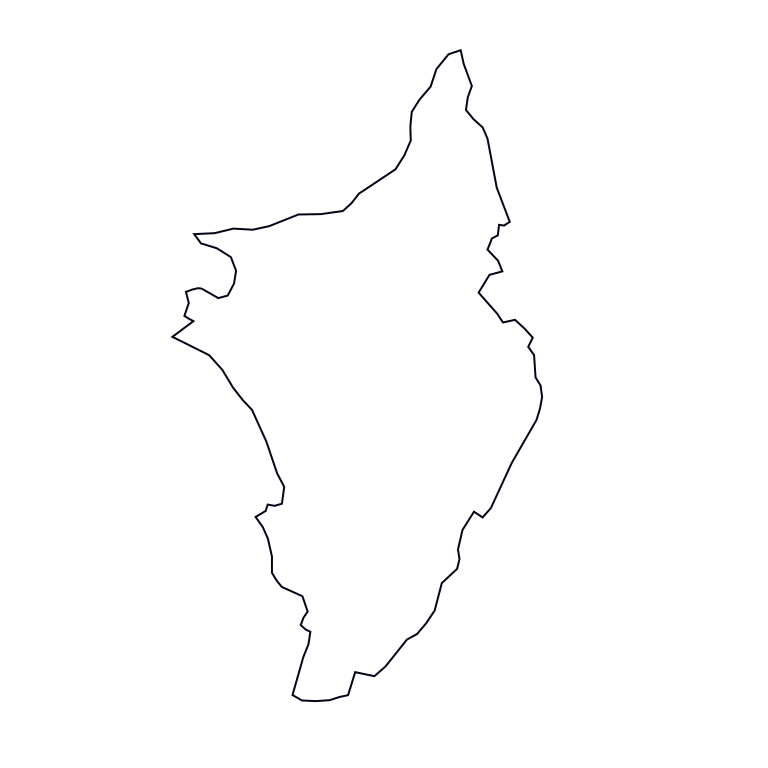 SVG path tracing the border of Ratnapura, rotated 237°
{"feature_id": "LKA-2463", "entity_name": "Ratnapura", "entity_type": "District", "adm_level": 1, "iso_a3": "LKA", "parent_name": "Sri Lanka", "parent_adm1": "", "projection": "robinson", "projection_center": [80.592, 6.578], "detail": "fine", "context": "isolated", "style": "outline", "palette": "ink", "viewbox_px": 768, "rotation_deg": 237, "n_neighbors": 0, "source": "natural_earth", "source_scale": "10m", "svg_char_len": 1558}
<svg xmlns="http://www.w3.org/2000/svg" viewBox="0 0 768 768"><g transform="rotate(237 384 384)"><path d="M613.1,306.4L602.8,324.0L596.3,342.4L584.9,357.9L578.9,373.7L572.8,404.5L560.9,423.5L551.5,443.7L553.4,455.4L557.3,466.6L557.8,510.6L564.8,525.8L573.7,539.1L585.7,546.4L597.1,555.5L603.1,568.5L608.0,585.0L619.6,599.6L625.4,617.7L622.2,630.1L609.1,625.2L586.1,620.0L578.8,610.4L569.2,602.0L557.3,603.3L545.3,606.5L533.3,604.4L487.3,585.5L451.5,577.8L451.5,571.0L454.8,567.2L446.7,560.4L447.3,553.8L440.3,544.0L425.2,546.8L414.0,544.6L418.1,531.9L409.1,513.1L381.5,517.2L370.8,517.3L366.5,528.8L354.2,532.0L341.9,534.0L336.6,525.2L326.5,525.6L307.0,514.7L297.6,514.5L287.1,509.6L278.5,501.5L270.9,492.5L248.2,448.1L221.7,406.0L218.4,394.0L227.9,389.9L218.8,370.3L204.9,355.9L196.1,352.0L189.2,344.7L185.5,324.0L166.4,303.1L160.3,288.8L156.3,275.5L157.2,264.1L146.3,231.5L144.2,216.8L158.0,202.9L142.6,184.4L145.8,176.0L148.5,166.1L155.3,153.9L163.3,142.8L173.0,137.9L199.0,167.7L206.8,178.8L216.3,187.3L220.9,184.5L227.2,182.9L231.8,189.1L234.7,196.0L250.4,200.0L269.4,187.8L277.3,186.9L286.7,187.2L300.2,196.0L317.5,202.4L329.9,204.4L342.4,203.9L342.0,215.6L346.2,220.8L341.4,225.9L339.2,233.2L352.1,244.3L367.3,245.7L399.9,254.0L434.2,259.2L447.4,256.8L463.0,255.4L483.8,256.1L503.3,253.1L538.8,232.2L540.5,258.4L545.2,255.8L549.8,253.7L558.3,264.4L569.1,268.1L567.6,274.8L565.6,280.3L563.2,283.1L546.3,291.8L543.3,301.1L549.9,312.9L559.5,321.6L573.8,324.7L588.9,317.7L601.6,307.1L613.1,306.4Z" fill="none" stroke="#020617" stroke-width="2"/></g></svg>